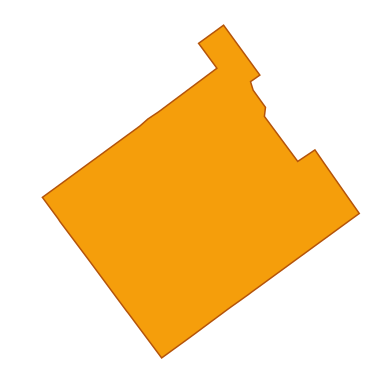 the district of St. Joseph, Indiana, United States of America, rotated 144°
{"feature_id": "52423323B40816169935337", "entity_name": "St. Joseph", "entity_type": "district", "adm_level": 2, "iso_a3": "USA", "parent_name": "United States of America", "parent_adm1": "Indiana", "projection": "albers", "projection_center": [-86.288, 41.597], "detail": "fine", "context": "isolated", "style": "filled", "palette": "amber", "viewbox_px": 384, "rotation_deg": 144, "n_neighbors": 0, "source": "geoboundaries", "source_scale": "gbopen_adm2", "svg_char_len": 587}
<svg xmlns="http://www.w3.org/2000/svg" viewBox="0 0 384 384"><g transform="rotate(144 192 192)"><path d="M316.2,275.6L316.0,249.0L316.2,245.5L315.5,199.2L315.1,153.6L315.1,151.7L314.9,133.8L314.8,132.4L314.1,75.6L301.4,75.6L280.9,75.6L280.7,75.6L279.4,75.6L252.5,75.9L231.9,76.1L227.4,76.1L206.5,75.9L202.8,76.0L81.2,76.3L71.9,76.3L69.3,76.3L68.5,122.4L68.2,138.1L67.8,153.8L88.5,154.6L89.0,210.6L82.8,217.3L82.7,238.4L79.8,246.9L68.4,246.7L68.4,308.4L99.3,308.4L99.1,277.5L172.2,276.5L184.7,277.0L195.5,276.0L316.2,275.6Z" fill="#f59e0b" stroke="#b45309" stroke-width="1.5"/></g></svg>